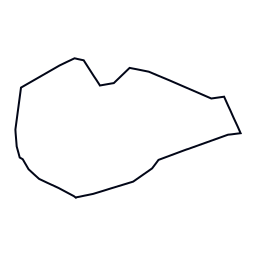 the district of Al Hissn, Sana'a, Yemen
{"feature_id": "15242507B2313194184175", "entity_name": "Al Hissn", "entity_type": "district", "adm_level": 2, "iso_a3": "YEM", "parent_name": "Yemen", "parent_adm1": "Sana'a", "projection": "mercator", "projection_center": [44.477, 15.021], "detail": "fine", "context": "isolated", "style": "outline", "palette": "ink", "viewbox_px": 256, "rotation_deg": 0, "n_neighbors": 0, "source": "geoboundaries", "source_scale": "gbopen_adm2", "svg_char_len": 1020}
<svg xmlns="http://www.w3.org/2000/svg" viewBox="0 0 256 256"><path d="M70.6,60.2L69.5,60.7L66.5,62.1L59.5,65.5L21.0,87.6L19.9,95.9L15.4,129.5L15.6,133.0L16.3,141.5L16.7,146.5L18.5,153.0L18.9,154.5L19.7,157.5L22.7,159.2L23.6,160.7L24.1,161.6L28.6,169.3L33.9,174.2L36.0,176.1L39.1,178.9L40.6,179.6L47.3,182.8L58.8,188.1L68.9,193.5L73.8,196.1L74.1,196.3L75.5,197.4L75.9,197.7L76.3,197.3L79.6,196.7L84.7,195.6L86.3,195.3L93.1,193.9L95.4,193.2L103.9,190.6L110.6,188.5L131.6,182.1L133.2,181.6L152.1,168.4L153.4,166.7L155.9,163.4L158.5,159.9L182.9,150.8L187.0,149.3L187.5,149.2L220.2,137.5L228.0,134.7L231.1,134.4L236.5,133.7L240.6,133.2L237.7,126.6L233.7,118.0L232.4,115.1L230.2,110.1L228.4,106.3L226.6,102.3L224.1,96.7L211.3,98.5L173.0,81.9L169.8,80.5L157.8,75.5L148.8,71.7L136.4,69.2L133.2,68.6L129.6,67.9L113.8,83.1L111.3,83.5L99.9,85.5L99.5,84.8L99.4,84.6L96.1,79.5L94.0,76.4L84.0,60.8L83.7,60.3L77.1,58.9L76.4,58.7L74.5,58.3L72.9,59.1L72.2,59.4L70.8,60.1L70.6,60.2Z" fill="none" stroke="#020617" stroke-width="2"/></svg>